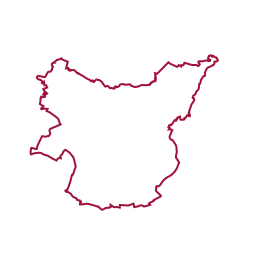 Vargata, Mures, Romania, rotated 350°
{"feature_id": "2599482B49125159917966", "entity_name": "Vargata", "entity_type": "district", "adm_level": 2, "iso_a3": "ROU", "parent_name": "Romania", "parent_adm1": "Mures", "projection": "robinson", "projection_center": [24.8, 46.587], "detail": "fine", "context": "isolated", "style": "outline", "palette": "rose", "viewbox_px": 256, "rotation_deg": 350, "n_neighbors": 0, "source": "geoboundaries", "source_scale": "gbopen_adm2", "svg_char_len": 5627}
<svg xmlns="http://www.w3.org/2000/svg" viewBox="0 0 256 256"><g transform="rotate(350 128 128)"><path d="M171.1,172.7L172.1,171.6L172.3,170.7L171.9,169.5L171.4,168.9L171.2,168.3L171.3,167.6L171.0,166.8L170.3,166.2L170.2,164.9L170.7,162.9L171.4,161.5L172.1,159.4L172.0,158.6L172.4,154.7L172.1,153.0L170.1,148.2L169.5,147.6L168.0,146.6L167.8,146.2L167.4,145.2L167.4,144.1L167.7,143.2L169.2,141.0L170.4,138.8L171.3,137.9L171.2,137.7L170.0,136.9L169.4,136.7L167.9,136.5L169.1,135.2L167.9,134.2L169.2,132.4L169.9,132.6L170.4,132.1L171.3,132.5L175.3,128.4L176.5,129.2L178.0,127.7L177.5,127.3L178.5,126.5L180.0,125.9L181.2,125.8L181.2,128.8L182.0,129.2L182.7,129.3L183.8,129.4L185.1,129.3L185.2,129.0L185.1,128.3L185.1,128.1L186.8,127.7L188.3,125.9L190.9,127.1L191.3,125.8L190.1,124.9L190.9,123.5L190.6,123.3L194.5,116.0L198.1,112.2L198.0,111.7L198.0,111.1L198.2,110.4L197.4,110.0L196.9,109.4L198.2,107.2L199.5,106.9L200.2,106.4L200.7,105.7L201.1,104.6L204.0,102.2L204.5,101.5L205.4,98.5L205.6,97.2L206.3,97.1L206.6,96.8L207.2,95.8L208.0,93.8L208.8,92.6L209.8,91.8L210.2,91.0L211.0,90.2L211.7,90.1L212.3,90.3L212.6,90.1L213.1,89.1L213.3,86.8L216.1,83.0L217.1,82.4L220.6,81.6L221.4,81.0L222.8,81.0L224.0,79.9L224.4,79.4L224.6,77.7L224.9,77.6L225.7,77.8L226.0,77.7L226.6,77.9L228.2,77.3L228.3,76.7L227.9,75.7L227.9,75.2L226.8,73.6L225.6,73.4L224.7,71.9L224.4,71.6L224.0,71.8L223.4,72.4L222.4,70.8L222.2,70.7L220.8,71.3L220.3,71.0L219.2,72.6L218.9,73.4L219.0,73.7L219.3,74.0L220.8,75.1L220.5,75.9L220.2,76.2L218.6,76.0L217.9,75.4L217.1,75.1L212.0,75.2L210.9,74.8L209.2,74.7L208.7,75.1L209.2,77.3L209.7,77.7L209.6,77.8L208.0,79.2L207.3,78.8L206.9,78.3L206.0,77.8L202.6,77.2L201.7,76.9L199.4,75.9L197.8,74.9L196.4,74.3L195.5,74.1L194.9,73.6L194.6,73.8L194.2,74.8L193.5,75.6L192.5,75.8L191.3,75.3L191.0,75.4L191.1,76.1L191.0,76.6L188.9,74.9L187.5,76.1L187.0,76.3L181.1,72.3L180.3,71.7L179.2,70.3L166.2,79.6L164.2,78.7L164.3,79.3L164.1,79.7L163.9,80.7L164.0,80.9L164.3,81.1L164.3,81.8L164.2,82.1L163.9,82.4L163.9,82.9L163.3,83.1L163.3,83.3L163.8,83.7L163.5,84.0L163.9,84.2L163.9,84.4L163.4,84.6L163.7,85.2L163.4,85.6L163.1,85.7L163.2,86.1L162.8,86.2L162.9,86.4L162.5,86.4L162.2,86.7L161.0,86.4L160.6,86.9L160.2,86.7L160.0,86.8L160.0,87.1L159.8,87.2L158.8,87.2L158.6,87.8L157.8,88.1L157.7,88.4L157.3,88.4L157.2,89.0L156.9,89.3L153.1,89.0L151.2,88.5L149.0,88.1L147.0,88.4L145.6,88.9L142.4,88.9L141.2,88.6L138.2,86.7L138.0,85.6L137.1,85.5L136.4,85.1L134.3,85.2L133.1,84.9L131.6,84.5L131.4,84.1L129.1,83.6L127.5,84.1L127.2,84.3L126.7,85.1L125.2,85.8L124.2,85.9L123.6,85.1L123.4,84.9L122.6,84.9L122.2,85.1L121.8,85.4L121.7,85.7L121.9,86.2L121.8,86.6L120.6,86.8L118.9,85.8L117.3,85.6L117.0,85.4L115.9,83.5L115.1,83.0L112.8,83.3L110.8,79.7L110.8,79.0L110.1,77.9L107.9,75.7L107.0,75.6L105.7,74.8L105.3,74.7L103.8,75.6L102.4,76.8L102.0,76.6L102.4,75.8L101.2,74.9L100.2,75.5L99.8,75.6L99.5,75.4L98.8,74.1L95.5,71.7L92.8,69.0L91.5,68.1L89.0,65.9L88.3,65.1L87.7,65.4L86.6,63.6L85.5,62.2L85.1,61.8L84.2,61.4L81.9,61.0L81.9,61.4L80.8,61.4L80.8,61.1L79.6,60.7L79.8,60.1L80.2,60.0L80.1,59.6L79.7,59.2L79.2,59.0L79.7,58.8L79.6,58.5L77.3,58.6L80.2,52.3L77.1,50.4L74.8,48.8L74.6,47.9L72.3,48.5L69.5,48.7L69.1,49.2L67.1,50.2L67.1,51.0L65.7,50.7L64.9,51.0L64.3,51.7L64.0,52.7L64.0,53.6L64.8,54.6L64.3,55.4L63.5,56.2L63.4,57.1L62.4,58.2L61.5,58.9L60.9,59.1L59.9,58.8L59.4,58.8L58.9,59.1L57.8,60.3L55.5,63.1L54.9,63.4L54.2,63.2L51.5,62.1L48.6,61.2L47.8,61.3L47.1,62.4L47.0,62.8L47.9,64.3L49.6,65.2L51.3,66.4L51.6,67.2L51.6,68.1L51.0,68.7L51.5,69.2L53.3,67.9L53.1,71.5L54.9,71.7L55.4,74.1L51.3,75.0L51.7,76.4L54.3,80.0L52.8,80.6L52.4,80.5L51.4,79.2L50.3,80.4L51.9,81.5L51.8,82.6L51.3,82.9L50.3,83.0L47.9,82.1L47.7,82.4L47.5,82.9L47.4,83.0L47.5,83.5L47.2,84.0L46.7,84.3L46.5,86.4L45.9,87.6L45.4,89.1L47.8,91.3L48.6,91.8L48.5,92.1L47.3,92.9L46.1,93.5L45.8,94.1L45.9,94.4L46.3,94.5L49.2,94.5L52.1,95.2L50.8,97.2L53.0,98.5L54.3,99.7L58.5,104.0L60.3,106.1L60.9,107.0L61.1,107.6L61.5,111.0L62.2,112.8L51.2,115.4L50.6,116.1L50.2,117.0L50.2,118.1L50.6,119.6L50.0,120.7L48.4,122.2L47.0,122.0L46.0,122.2L44.8,122.2L43.3,121.5L41.9,121.2L36.0,129.4L35.3,130.6L34.9,132.0L34.6,132.7L34.0,132.9L33.8,132.6L32.7,132.3L31.0,131.5L29.8,130.8L29.4,130.8L29.1,131.3L27.9,134.5L27.7,136.1L27.8,136.9L28.2,137.2L30.3,136.7L33.3,136.7L35.9,136.9L38.0,137.4L38.3,137.6L39.2,138.6L40.9,139.8L42.8,140.6L44.3,141.5L48.4,145.1L51.9,147.6L53.6,146.0L55.3,145.4L56.6,146.1L56.5,144.0L57.6,143.0L58.9,142.1L59.4,141.2L60.4,140.0L61.6,138.9L62.1,138.7L62.9,138.7L64.0,140.0L66.2,142.1L68.9,147.0L69.4,149.1L69.7,154.9L69.9,156.7L65.7,164.3L65.5,164.5L64.7,164.4L61.8,170.9L59.0,176.0L57.3,178.6L56.7,178.2L55.4,179.0L55.6,179.4L55.7,179.8L58.2,180.9L60.5,183.1L60.7,184.0L61.9,186.1L62.7,186.9L65.0,188.2L65.2,189.0L65.0,189.5L65.1,189.8L67.1,190.6L67.3,191.1L67.9,191.1L68.0,191.7L68.9,192.1L69.0,192.5L68.6,193.1L68.0,193.1L67.3,194.7L67.5,195.0L69.7,195.2L74.1,195.4L76.5,196.2L80.8,198.2L83.8,199.8L85.1,200.1L85.1,200.7L86.2,201.6L87.1,202.9L87.9,203.7L88.5,204.0L89.9,203.8L91.2,203.2L92.2,203.0L93.7,202.9L95.9,203.3L96.2,203.2L96.3,203.0L96.5,202.8L96.9,203.0L97.2,202.9L97.5,200.6L100.2,203.3L101.2,203.7L103.4,203.9L106.1,205.0L106.7,202.4L114.8,204.4L120.3,203.5L120.4,204.3L120.4,207.0L124.9,206.9L125.5,206.4L126.3,206.4L128.3,206.6L130.0,208.1L136.4,207.6L135.6,205.8L140.8,204.2L140.6,203.6L143.4,202.6L148.1,201.2L148.5,200.7L148.6,200.2L144.8,195.1L144.7,194.5L145.8,190.4L146.2,190.2L147.5,190.7L148.0,190.7L149.3,190.1L152.7,186.7L155.2,184.8L157.2,183.7L161.1,182.4L163.0,181.5L166.6,179.0L169.5,175.7L171.1,172.7Z" fill="none" stroke="#9f1239" stroke-width="2"/></g></svg>